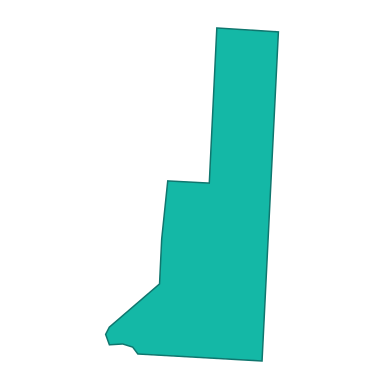 Jim Wells, Texas, United States of America, rotated 183°
{"feature_id": "52423323B29014105242179", "entity_name": "Jim Wells", "entity_type": "district", "adm_level": 2, "iso_a3": "USA", "parent_name": "United States of America", "parent_adm1": "Texas", "projection": "robinson", "projection_center": [-97.972, 27.659], "detail": "fine", "context": "isolated", "style": "filled", "palette": "teal", "viewbox_px": 384, "rotation_deg": 183, "n_neighbors": 0, "source": "geoboundaries", "source_scale": "gbopen_adm2", "svg_char_len": 330}
<svg xmlns="http://www.w3.org/2000/svg" viewBox="0 0 384 384"><g transform="rotate(183 192 192)"><path d="M113.2,26.9L114.1,356.4L175.8,357.1L175.2,201.8L216.8,201.8L219.8,143.5L219.6,98.5L267.5,52.7L270.8,45.3L266.5,35.1L253.2,36.6L243.1,34.0L237.6,27.4L113.2,26.9Z" fill="#14b8a6" stroke="#0f766e" stroke-width="1.5"/></g></svg>